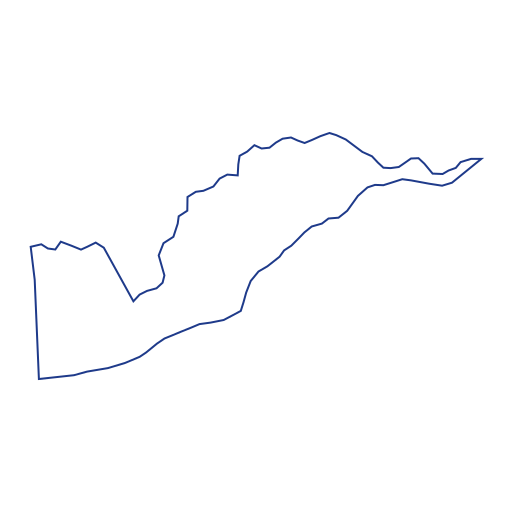 outline of Embakasi North, Nairobi, Kenya
{"feature_id": "3690345B82574132257993", "entity_name": "Embakasi North", "entity_type": "district", "adm_level": 2, "iso_a3": "KEN", "parent_name": "Kenya", "parent_adm1": "Nairobi", "projection": "natural_earth1", "projection_center": [36.904, -1.247], "detail": "fine", "context": "isolated", "style": "outline", "palette": "blue", "viewbox_px": 512, "rotation_deg": 0, "n_neighbors": 0, "source": "geoboundaries", "source_scale": "gbopen_adm2", "svg_char_len": 1398}
<svg xmlns="http://www.w3.org/2000/svg" viewBox="0 0 512 512"><path d="M223.7,320.0L232.8,315.2L240.8,310.9L243.5,302.3L246.2,292.5L250.7,281.0L258.5,271.5L267.4,266.3L279.6,256.7L284.1,250.4L291.3,245.7L298.6,238.4L304.4,232.4L311.7,226.5L321.9,223.6L328.5,218.5L338.5,217.7L347.2,210.8L353.1,202.6L357.9,195.9L367.5,187.4L375.0,184.9L383.4,185.2L392.9,182.2L402.3,179.2L411.2,180.4L429.1,183.7L442.1,185.7L452.0,182.7L481.3,158.9L471.0,158.9L460.6,162.1L455.8,167.9L448.6,170.5L442.6,174.0L432.6,173.6L424.3,163.6L418.5,158.2L411.0,158.5L405.3,162.5L398.8,167.0L390.6,168.1L383.4,167.7L377.8,162.5L372.0,156.3L362.5,152.0L345.8,139.5L336.2,135.1L329.4,133.0L320.3,136.2L311.9,140.0L304.6,143.0L297.6,140.5L291.0,137.5L282.6,138.7L275.9,142.6L269.5,147.7L261.6,148.5L254.4,145.2L247.2,151.6L239.6,155.8L238.3,164.4L237.7,175.4L227.3,174.6L219.6,178.6L213.4,186.5L203.4,190.8L195.8,191.8L187.5,197.0L187.3,210.7L178.7,216.3L177.7,223.7L173.4,236.8L163.5,243.2L158.7,255.4L164.4,275.4L162.6,282.7L156.5,288.3L147.0,290.9L139.6,294.6L133.4,301.3L103.8,247.7L95.7,242.6L87.4,246.7L81.0,249.6L71.4,245.7L60.8,241.7L55.3,249.5L47.9,248.5L41.3,244.3L30.7,246.8L34.7,279.8L38.9,379.0L74.0,375.2L87.1,371.6L107.9,368.1L125.2,362.9L139.7,356.8L146.1,352.5L157.0,343.6L164.5,338.5L171.9,335.5L181.0,331.7L191.2,327.6L199.5,324.1L210.6,322.6L223.7,320.0Z" fill="none" stroke="#1e3a8a" stroke-width="2"/></svg>